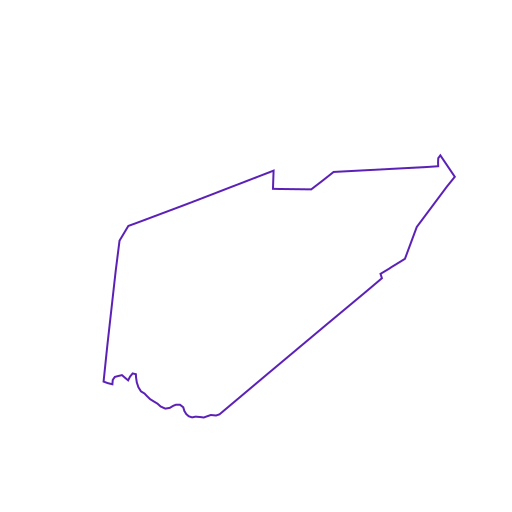 Cabeceiras do Piauí, Piauí, Brazil (Natural Earth projection), rotated 128°
{"feature_id": "56859067B86775361644795", "entity_name": "Cabeceiras do Piauí", "entity_type": "district", "adm_level": 2, "iso_a3": "BRA", "parent_name": "Brazil", "parent_adm1": "Piauí", "projection": "natural_earth1", "projection_center": [-42.282, -4.443], "detail": "fine", "context": "isolated", "style": "outline", "palette": "violet", "viewbox_px": 512, "rotation_deg": 128, "n_neighbors": 0, "source": "geoboundaries", "source_scale": "gbopen_adm2", "svg_char_len": 998}
<svg xmlns="http://www.w3.org/2000/svg" viewBox="0 0 512 512"><g transform="rotate(128 256 256)"><path d="M71.2,148.1L63.2,172.7L66.7,172.6L70.0,170.3L73.1,167.7L80.1,175.5L142.0,246.6L154.7,249.7L169.5,253.5L189.6,279.9L192.6,284.0L177.9,294.7L256.4,341.7L305.0,371.4L310.9,375.1L327.9,373.0L353.6,357.7L418.3,317.9L448.8,298.8L447.5,294.7L445.5,290.2L441.8,292.6L438.2,292.8L435.7,290.9L432.4,288.3L432.6,283.9L432.7,280.2L428.6,281.0L424.5,280.9L423.1,277.9L425.6,275.7L429.0,272.1L431.8,267.9L433.5,263.3L433.0,259.2L433.5,255.9L434.0,251.4L433.5,246.7L433.0,242.8L433.3,238.5L432.1,233.5L428.7,230.4L425.0,229.0L422.5,227.5L420.0,224.3L420.0,220.2L422.3,216.9L423.5,213.6L423.7,210.3L422.5,207.0L419.8,204.7L417.1,200.6L415.4,197.7L412.5,195.9L409.1,193.7L406.3,189.3L403.3,187.3L339.5,173.8L299.7,165.3L270.2,159.0L265.5,158.0L215.6,147.2L196.0,143.1L193.4,146.9L184.1,143.3L181.3,142.4L166.5,136.9L134.1,147.2L83.6,148.3L71.2,148.1Z" fill="none" stroke="#5b21b6" stroke-width="2"/></g></svg>